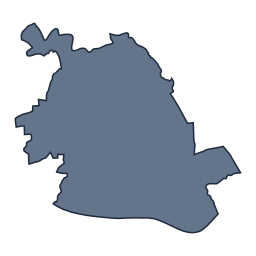 outline of Go Cong Tay, Tiền Giang, Vietnam
{"feature_id": "81297802B95643835690721", "entity_name": "Go Cong Tay", "entity_type": "district", "adm_level": 2, "iso_a3": "VNM", "parent_name": "Vietnam", "parent_adm1": "Tiền Giang", "projection": "orthographic", "projection_center": [106.581, 10.355], "detail": "fine", "context": "isolated", "style": "filled", "palette": "slate", "viewbox_px": 256, "rotation_deg": 0, "n_neighbors": 0, "source": "geoboundaries", "source_scale": "gbopen_adm2", "svg_char_len": 5535}
<svg xmlns="http://www.w3.org/2000/svg" viewBox="0 0 256 256"><path d="M21.2,35.1L21.4,36.8L21.5,38.2L21.6,38.9L22.0,40.0L23.3,40.3L24.3,40.7L27.1,42.2L28.4,43.2L29.4,44.0L31.3,46.2L32.4,47.4L32.4,47.6L32.3,47.8L27.7,50.9L27.3,51.3L27.0,51.7L26.8,52.2L26.6,53.2L26.6,53.7L26.9,54.7L27.2,55.2L27.7,55.7L28.3,55.9L28.9,56.0L30.2,55.8L31.6,55.6L35.8,54.1L37.4,53.9L39.4,53.9L41.0,54.3L42.1,54.8L43.4,55.6L44.1,55.9L44.4,55.6L44.7,55.1L46.0,54.4L46.9,53.5L47.1,53.4L48.3,53.6L48.7,53.1L48.9,52.2L49.2,51.7L49.4,51.4L50.1,50.8L50.5,50.6L52.2,50.5L52.4,50.4L53.4,52.1L55.3,51.2L56.6,52.4L57.4,53.6L58.2,54.9L58.9,56.7L59.9,60.0L60.6,63.4L61.3,67.9L61.2,69.0L60.3,68.8L60.0,68.8L59.1,69.2L58.8,69.5L58.2,70.6L56.7,71.7L55.8,72.9L55.2,73.2L54.5,73.5L53.9,73.8L53.2,75.1L52.6,75.7L52.4,76.3L52.4,77.0L52.6,77.8L52.6,78.5L50.5,82.5L48.5,90.2L46.9,93.0L46.5,95.2L46.4,100.5L43.3,100.2L38.5,99.4L38.9,105.7L32.9,106.0L32.5,111.1L30.5,112.1L27.7,113.0L24.6,113.8L22.3,114.5L18.4,116.4L16.2,117.8L15.4,118.5L15.4,119.6L15.5,121.9L16.2,127.1L21.4,126.1L22.8,126.0L23.9,126.0L24.1,126.2L24.2,126.6L24.3,127.2L24.5,134.5L28.3,134.3L29.2,134.2L30.0,134.2L30.4,134.3L30.8,134.5L31.1,134.9L31.3,135.6L31.5,137.0L31.5,138.4L31.3,139.7L31.0,140.1L30.5,140.5L29.7,140.9L27.2,142.0L26.9,142.3L26.7,142.6L26.5,143.1L26.5,144.4L26.2,146.0L25.9,146.4L25.4,147.1L24.2,148.0L23.9,149.0L23.8,150.1L24.3,151.2L28.5,154.1L28.6,157.6L29.0,164.1L29.6,164.0L31.5,163.3L32.5,163.1L34.8,162.2L36.9,161.9L38.1,161.5L39.8,160.8L42.6,159.1L44.1,158.3L44.9,158.2L45.7,158.0L50.4,152.3L53.2,158.2L57.8,158.0L57.6,154.5L63.9,154.5L63.5,158.7L63.4,159.2L63.3,159.8L63.7,161.1L64.4,162.9L61.6,165.2L59.4,166.9L58.7,167.6L58.1,168.5L56.6,172.0L59.2,172.7L61.4,173.2L63.5,173.4L67.0,173.5L67.3,175.0L67.2,176.1L67.1,176.4L66.7,176.9L64.5,177.8L64.1,178.1L63.9,178.4L62.9,180.0L62.3,180.6L61.3,183.1L60.7,184.2L60.1,185.3L59.9,185.9L59.9,186.8L60.1,187.7L61.1,190.5L61.2,191.2L61.1,191.9L60.6,192.6L58.5,194.6L57.8,195.9L57.5,197.3L57.6,199.0L57.5,199.5L56.7,201.7L55.5,201.5L54.0,202.7L53.2,203.8L57.3,206.4L63.4,209.4L71.7,212.2L78.5,213.8L85.2,215.1L93.6,216.3L102.4,217.2L114.7,218.3L118.6,218.4L123.9,218.1L127.2,218.0L136.0,217.8L139.6,217.9L147.9,217.9L152.6,218.5L154.9,218.9L157.3,219.7L162.4,221.6L165.6,223.1L177.9,228.9L182.0,230.6L184.2,231.3L187.0,232.0L189.3,232.4L190.7,232.6L193.0,232.6L195.2,232.4L196.7,232.1L199.1,231.5L201.0,230.7L203.3,229.0L207.2,225.7L210.1,222.7L218.2,213.9L217.0,211.5L214.0,203.8L213.9,202.3L213.7,201.9L213.5,201.5L212.3,200.3L211.6,199.4L211.0,198.0L210.8,197.1L210.5,196.4L210.3,196.1L209.5,195.6L207.9,194.8L207.7,194.5L207.4,193.7L207.6,192.1L207.7,190.6L207.6,190.3L206.3,188.3L206.0,187.8L206.0,186.3L206.4,185.5L207.3,184.6L207.7,184.3L209.1,183.8L209.7,183.7L212.5,183.7L216.1,183.8L216.8,183.6L217.4,183.4L218.9,182.3L223.7,178.4L224.2,178.4L225.6,178.8L225.8,178.8L226.0,178.6L226.4,178.1L226.7,176.8L227.2,176.0L227.7,175.5L228.4,175.1L228.8,175.1L230.0,175.4L231.0,175.4L231.4,175.3L233.0,174.1L233.8,173.8L235.1,173.4L236.5,173.2L238.5,172.9L240.0,172.9L240.6,172.7L239.0,170.1L231.6,157.6L231.3,157.1L231.3,156.8L230.9,156.2L229.3,153.7L223.2,146.4L218.7,147.4L208.3,149.3L205.9,150.0L203.5,151.3L202.6,151.6L194.2,154.5L194.5,151.3L194.5,149.5L194.5,148.4L194.8,147.1L195.0,145.4L194.9,144.0L194.5,142.8L194.3,142.4L194.1,141.6L193.8,140.1L193.6,132.0L193.2,122.6L189.9,123.1L187.5,123.3L182.2,113.4L178.2,106.2L172.7,97.2L170.3,93.8L173.3,91.6L173.2,90.6L172.4,89.0L172.1,87.8L172.3,87.1L173.0,86.1L173.6,83.9L173.6,83.0L173.4,81.8L172.9,80.5L171.6,78.5L171.4,79.3L170.6,80.3L170.1,80.7L169.6,81.0L169.4,81.0L168.6,80.3L167.9,80.0L165.7,79.7L164.8,79.3L163.0,77.8L162.2,77.6L161.7,77.5L161.4,77.4L160.9,76.0L160.2,73.4L160.9,72.5L161.3,71.7L161.4,71.2L161.3,70.5L161.0,69.6L159.5,67.5L158.5,65.8L157.8,64.3L157.5,63.8L156.0,62.0L153.0,58.7L152.4,58.2L151.6,57.7L150.6,57.6L150.4,57.3L150.6,56.7L150.4,56.2L148.8,55.4L148.7,55.2L148.5,54.7L148.7,53.8L148.7,53.4L147.1,51.3L146.8,50.9L146.6,50.3L146.3,49.7L143.5,47.5L142.7,47.1L137.3,44.7L136.5,44.0L135.6,42.9L135.0,41.7L133.3,39.4L132.8,38.6L132.1,37.9L131.6,37.6L131.0,37.5L130.6,37.5L130.1,37.8L129.6,37.9L129.3,37.8L128.9,37.4L128.6,36.9L128.5,36.2L128.4,34.4L128.3,33.8L128.2,33.5L128.0,33.3L127.5,33.0L127.2,32.9L126.3,32.9L123.3,33.7L119.2,35.2L117.5,35.4L117.0,35.4L114.2,35.0L111.5,34.2L110.4,34.0L109.7,33.2L110.4,35.2L110.5,37.7L110.6,38.2L110.9,38.9L112.6,41.6L112.8,42.2L112.8,42.9L112.7,43.1L112.5,43.3L112.3,43.5L111.1,44.0L106.5,45.0L105.4,45.4L100.6,47.7L99.0,48.3L98.4,48.5L95.2,48.7L94.0,48.9L93.4,49.2L92.8,49.5L91.0,51.5L90.5,51.9L90.1,52.0L89.6,52.1L89.0,52.0L88.4,51.8L87.9,51.5L87.4,51.1L86.2,49.7L85.6,49.1L84.6,48.4L84.1,48.3L82.0,48.3L81.1,48.4L80.3,48.6L77.1,50.0L75.9,50.4L74.6,50.7L73.7,50.7L72.9,50.6L72.6,50.5L72.3,50.2L71.9,49.6L71.8,49.1L71.7,48.3L71.7,46.2L72.4,42.6L73.0,39.1L72.9,37.2L72.6,36.3L72.5,36.1L72.1,35.6L71.5,35.1L70.8,34.7L70.4,34.5L69.5,34.4L66.0,34.3L63.6,34.5L62.6,34.7L61.1,35.2L60.3,35.2L59.5,35.1L59.1,34.8L58.7,34.0L58.2,30.9L57.9,29.8L57.8,29.5L57.5,29.2L57.0,28.9L56.5,28.7L55.9,28.7L55.5,28.8L54.0,29.6L53.1,30.2L52.1,31.2L51.1,32.2L49.2,34.9L48.1,36.7L47.4,38.0L46.8,38.9L46.2,39.6L45.2,40.3L44.8,40.3L44.5,40.0L44.1,39.6L43.9,39.3L42.4,35.6L40.1,31.0L38.9,29.0L38.0,27.7L36.7,26.5L36.0,25.6L35.6,24.9L35.1,23.8L34.7,23.5L34.4,23.4L34.1,23.4L33.5,23.6L31.7,24.6L28.6,25.7L28.1,26.1L27.0,27.2L26.1,28.4L23.0,31.3L22.6,31.8L22.4,32.1L21.6,34.6L21.2,35.1Z" fill="#64748b" stroke="#1e293b" stroke-width="1.5"/></svg>